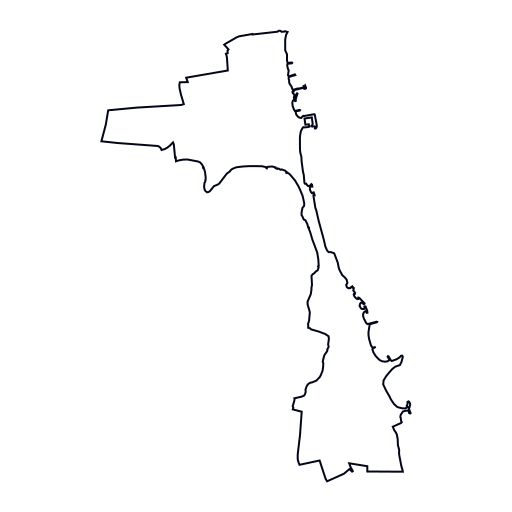 Eforie, Constanta, Romania (Natural Earth projection)
{"feature_id": "2599482B71330041260785", "entity_name": "Eforie", "entity_type": "district", "adm_level": 2, "iso_a3": "ROU", "parent_name": "Romania", "parent_adm1": "Constanta", "projection": "natural_earth1", "projection_center": [28.643, 44.044], "detail": "fine", "context": "isolated", "style": "outline", "palette": "ink", "viewbox_px": 512, "rotation_deg": 0, "n_neighbors": 0, "source": "geoboundaries", "source_scale": "gbopen_adm2", "svg_char_len": 6030}
<svg xmlns="http://www.w3.org/2000/svg" viewBox="0 0 512 512"><path d="M287.6,32.0L284.9,31.2L284.4,31.6L281.6,31.8L280.5,30.9L279.1,30.7L278.2,31.1L277.6,31.7L252.5,34.5L252.4,34.0L239.2,36.3L236.5,37.4L225.6,43.7L224.2,44.7L228.5,49.4L227.5,50.6L227.7,53.1L225.9,53.8L226.6,55.8L227.0,58.2L227.8,70.5L186.2,77.7L187.7,82.1L179.8,82.3L179.3,85.3L179.6,88.5L180.9,94.4L183.8,104.1L181.1,105.0L136.8,107.6L108.2,110.3L105.8,124.6L101.4,141.3L117.4,143.0L157.9,146.0L159.5,146.9L160.8,148.2L161.6,150.0L164.9,149.0L167.5,147.5L170.1,145.4L173.0,142.4L173.8,144.4L175.1,157.6L175.7,157.4L176.0,161.3L179.2,160.3L183.4,159.6L187.5,159.5L198.1,161.5L200.1,162.4L201.7,164.1L203.6,167.3L203.0,167.7L203.2,168.2L203.8,168.3L204.2,169.1L205.0,171.9L205.6,176.8L205.7,179.1L205.5,180.2L205.3,180.3L205.4,180.8L205.2,181.7L204.5,182.9L204.1,186.7L204.3,188.2L204.6,189.5L205.4,191.0L207.1,192.3L209.0,191.8L210.2,190.8L213.9,186.2L218.1,184.4L219.3,183.5L226.8,173.6L229.6,171.6L231.4,169.5L233.5,168.4L236.3,167.3L242.8,166.5L249.7,166.1L261.7,166.2L266.0,167.1L266.5,167.4L266.4,168.2L266.8,168.4L267.4,167.0L268.0,166.8L272.2,166.5L275.5,167.4L275.4,168.0L277.3,168.9L277.6,168.4L279.1,168.8L280.4,169.8L281.7,169.4L285.2,170.7L286.8,172.1L286.3,172.8L286.7,173.0L287.1,172.6L287.6,172.8L289.1,173.7L290.6,175.2L295.1,180.6L298.4,186.2L300.1,189.8L302.6,195.9L304.2,203.0L304.2,205.0L304.0,206.1L302.5,207.7L301.6,212.3L301.5,214.9L302.4,216.4L303.7,219.5L305.3,220.1L307.2,223.8L308.2,227.3L309.0,227.6L309.0,228.2L308.6,228.2L310.1,231.9L312.3,239.4L317.2,252.5L318.3,259.3L318.7,265.8L318.1,266.2L318.0,266.6L318.5,267.0L318.6,267.7L317.5,270.5L316.2,271.2L313.7,273.7L312.7,274.2L311.5,275.8L312.0,285.0L311.4,288.0L311.5,289.4L310.7,294.4L307.6,301.5L307.6,304.5L309.6,311.3L309.8,312.7L309.1,320.5L308.0,324.2L308.3,325.9L308.1,327.7L310.2,328.4L311.1,329.4L318.6,331.5L325.2,334.0L328.6,336.3L328.9,339.0L328.1,344.4L328.6,346.4L328.5,347.1L327.2,349.7L327.4,350.5L327.1,351.3L324.5,354.9L323.5,358.2L322.7,361.9L323.3,362.9L323.2,366.3L322.6,370.6L320.8,375.2L319.8,377.0L316.4,380.6L311.9,382.5L310.8,382.5L308.6,383.7L307.3,385.2L306.4,386.9L305.5,389.7L305.7,392.0L304.6,395.0L303.7,395.8L301.5,396.7L294.4,398.3L294.6,398.9L294.2,401.2L292.7,406.2L293.3,407.5L292.8,409.4L301.7,411.7L300.0,435.1L297.7,454.6L297.7,459.1L298.3,461.7L299.5,464.8L319.6,460.5L325.6,478.8L327.1,481.3L344.0,473.7L349.4,469.1L352.1,471.6L352.8,471.1L350.5,466.9L349.2,463.3L367.3,466.2L367.3,471.5L402.8,471.7L402.6,470.2L401.4,466.3L399.3,455.4L399.0,453.0L399.2,450.9L399.0,449.2L397.9,445.2L397.7,439.1L396.8,434.5L396.1,432.9L394.2,430.1L392.8,426.7L401.0,423.0L401.8,422.2L401.0,420.7L400.8,418.1L400.3,417.0L400.8,414.6L403.0,411.5L405.8,410.7L407.6,410.6L408.6,411.1L409.0,412.9L410.1,413.5L410.6,413.1L409.5,410.2L408.8,409.6L410.1,405.1L410.1,403.6L409.0,401.7L408.6,401.4L407.5,401.9L407.5,404.2L406.7,405.9L407.7,406.8L407.7,407.3L405.1,408.4L402.2,408.3L397.8,407.2L396.8,406.6L393.9,403.9L390.9,399.4L389.4,396.3L385.9,390.2L383.2,384.4L383.6,380.4L386.1,376.3L388.1,373.8L392.1,369.2L395.2,366.7L399.9,365.1L401.5,361.9L402.8,356.9L402.3,355.7L401.0,355.8L399.7,357.3L396.5,359.3L391.8,361.0L390.9,360.4L388.5,356.3L387.9,356.2L387.6,356.8L389.3,359.4L389.4,360.0L387.6,361.3L385.0,361.7L382.3,361.3L380.0,360.3L379.0,359.5L375.5,355.8L373.3,352.2L372.4,349.2L372.7,348.6L375.7,346.9L372.6,347.8L371.0,345.5L369.1,339.0L368.5,335.1L368.5,332.1L369.7,324.3L376.8,322.3L377.1,321.9L376.6,321.7L367.5,324.1L366.1,322.9L363.7,318.2L363.1,315.8L363.1,314.2L363.9,312.3L365.3,311.2L365.8,311.1L366.2,311.4L366.7,312.8L367.4,312.7L367.2,310.7L365.5,306.4L364.9,306.3L364.3,306.8L364.8,307.7L364.9,308.4L364.7,308.7L363.0,309.1L361.6,308.8L360.9,308.2L359.6,306.0L360.0,303.9L360.9,302.7L362.0,302.8L363.8,304.2L364.6,303.7L364.6,303.4L359.2,297.8L358.3,297.6L358.2,298.3L358.4,298.9L357.9,299.1L356.4,298.6L354.9,297.0L354.0,295.6L353.7,294.3L353.9,294.0L354.2,294.4L354.7,294.2L355.1,293.0L354.4,291.7L353.3,290.6L353.8,288.1L352.9,287.8L352.9,287.2L352.4,287.1L352.2,286.4L351.7,286.7L351.9,287.2L350.4,287.6L350.3,288.0L348.9,288.3L347.5,287.7L346.7,286.9L346.2,284.9L347.4,282.9L346.6,279.6L344.5,277.1L342.2,275.1L339.8,270.6L338.9,268.4L337.7,262.5L334.2,253.3L330.9,252.1L328.8,252.1L327.7,251.3L326.7,249.7L325.3,246.3L323.9,240.0L318.5,220.2L316.2,210.0L315.4,208.1L313.4,195.6L313.7,195.1L314.6,195.2L314.5,194.7L313.7,192.3L313.4,192.3L312.9,193.4L311.8,193.1L310.8,191.8L309.9,189.4L309.9,187.6L310.3,186.5L311.0,186.1L311.3,186.6L312.3,186.6L312.0,184.7L311.4,184.1L310.9,184.6L310.9,185.3L310.7,185.4L308.2,186.1L306.4,184.4L306.2,183.7L304.9,183.7L304.4,182.8L303.8,175.1L303.0,171.8L301.6,161.4L301.4,156.9L300.3,152.6L300.0,150.1L299.9,137.8L300.3,134.1L300.9,131.2L302.3,128.4L303.3,127.2L304.9,127.4L308.2,127.0L309.6,126.6L309.7,126.3L309.0,125.2L308.8,124.3L305.4,124.7L304.5,118.5L311.8,117.4L312.7,124.0L311.7,125.8L311.8,126.2L312.2,126.6L314.1,126.3L315.0,126.6L314.9,128.4L315.7,128.5L316.5,127.6L316.8,125.7L316.2,122.0L314.7,114.5L314.3,114.2L304.2,116.0L303.5,115.8L302.5,116.4L301.2,118.0L299.3,117.6L297.9,116.6L296.8,115.3L296.2,114.3L295.6,111.7L295.8,111.3L299.7,110.6L300.0,110.1L299.5,109.9L294.9,111.0L293.9,109.4L292.6,105.8L292.3,102.6L292.7,101.1L293.1,100.5L294.6,100.1L295.1,101.1L295.7,101.0L295.9,98.4L297.5,93.7L297.0,93.3L296.7,93.6L295.1,99.3L293.8,100.0L294.1,98.8L293.9,97.1L294.5,94.8L292.7,93.0L292.5,91.7L292.6,91.4L293.0,91.2L293.3,91.6L293.7,91.5L293.5,90.4L293.7,90.2L304.0,87.7L304.3,88.9L304.9,88.9L306.0,88.3L306.0,87.7L305.1,85.4L304.8,85.8L303.6,86.1L303.9,87.4L299.0,88.5L297.1,88.6L293.0,89.9L292.2,88.8L291.5,86.5L289.8,84.1L289.3,82.9L289.1,81.8L289.2,80.6L288.6,78.5L288.8,77.0L295.3,75.1L294.9,74.4L289.3,76.2L288.6,76.2L288.0,75.2L288.7,70.3L288.1,69.4L287.3,66.1L287.3,64.1L287.5,63.8L291.9,63.3L292.2,62.8L291.9,62.5L291.3,62.5L288.1,63.0L287.7,62.7L287.0,60.9L287.0,54.3L285.2,50.3L285.2,39.5L286.1,34.8L287.6,32.0Z" fill="none" stroke="#020617" stroke-width="2"/></svg>